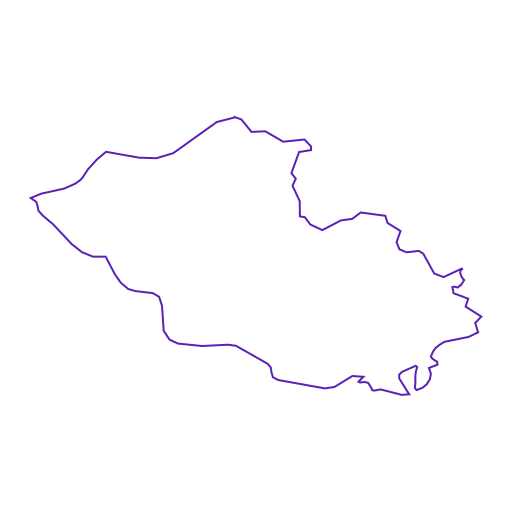 the District of Fermanagh
{"feature_id": "GBR-2136", "entity_name": "Fermanagh", "entity_type": "District", "adm_level": 1, "iso_a3": "GBR", "parent_name": "United Kingdom", "parent_adm1": "", "projection": "robinson", "projection_center": [-7.539, 54.359], "detail": "fine", "context": "isolated", "style": "outline", "palette": "violet", "viewbox_px": 512, "rotation_deg": 0, "n_neighbors": 0, "source": "natural_earth", "source_scale": "10m", "svg_char_len": 1706}
<svg xmlns="http://www.w3.org/2000/svg" viewBox="0 0 512 512"><path d="M156.4,158.2L173.2,153.2L216.8,122.0L234.9,117.4L234.9,117.1L241.3,119.4L251.5,131.9L265.2,131.3L283.2,141.7L304.5,139.5L311.0,146.4L311.1,150.1L299.1,152.0L291.4,173.2L295.8,178.7L292.5,185.7L299.7,201.1L299.9,216.4L304.8,217.2L310.4,224.6L322.4,230.1L340.9,220.4L352.2,218.9L360.7,212.5L385.3,215.8L387.6,223.0L400.5,231.0L396.6,242.2L399.4,249.3L406.5,252.3L418.8,250.9L423.3,253.7L434.2,273.5L443.6,277.1L461.7,268.6L462.0,269.1L462.1,269.3L460.8,269.8L460.1,272.5L461.2,276.0L462.9,278.8L464.0,279.7L464.2,280.1L460.8,285.3L460.2,285.2L457.8,287.5L454.6,286.7L452.4,287.1L453.5,293.2L468.2,298.7L465.6,306.6L481.3,316.6L475.2,323.0L478.1,332.3L468.7,336.9L444.6,341.8L439.7,344.7L436.1,347.5L433.2,351.2L430.8,356.8L432.9,359.1L437.0,361.7L437.5,364.7L428.9,368.0L430.9,373.7L429.8,379.4L426.6,384.4L422.5,387.8L416.5,390.1L414.9,387.9L415.4,382.8L415.3,376.3L415.9,371.3L417.2,367.2L415.7,365.8L402.3,371.7L399.2,374.6L399.2,378.4L409.2,394.3L406.5,394.5L401.9,394.9L380.6,389.4L374.1,390.6L372.2,390.2L371.3,387.7L368.1,382.8L364.5,382.0L360.1,382.5L358.5,381.7L363.4,376.8L352.4,376.0L334.4,387.0L324.9,388.4L278.1,380.0L272.9,377.2L271.5,372.4L270.7,367.4L267.7,363.8L236.0,345.8L228.2,344.7L202.1,346.0L178.0,343.6L169.5,339.6L163.7,330.8L162.0,305.8L159.1,296.8L152.7,293.1L135.5,291.1L132.0,290.1L128.2,289.0L120.7,282.6L115.0,274.5L105.7,256.7L93.0,256.7L82.0,252.2L71.7,244.1L53.1,224.3L42.7,215.5L38.5,210.8L37.6,206.3L36.3,201.9L30.7,198.0L33.1,197.0L41.1,193.7L64.4,188.5L75.2,183.7L80.2,180.1L82.5,177.7L87.9,169.4L96.8,159.6L106.0,151.8L139.2,157.7L156.4,158.2Z" fill="none" stroke="#5b21b6" stroke-width="2"/></svg>